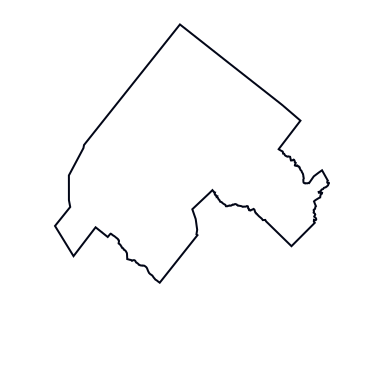 the district of Galeana, Chihuahua, Mexico, rotated 219°
{"feature_id": "50627088B51134227456684", "entity_name": "Galeana", "entity_type": "district", "adm_level": 2, "iso_a3": "MEX", "parent_name": "Mexico", "parent_adm1": "Chihuahua", "projection": "orthographic", "projection_center": [-107.764, 30.204], "detail": "fine", "context": "isolated", "style": "outline", "palette": "ink", "viewbox_px": 384, "rotation_deg": 219, "n_neighbors": 0, "source": "geoboundaries", "source_scale": "gbopen_adm2", "svg_char_len": 5700}
<svg xmlns="http://www.w3.org/2000/svg" viewBox="0 0 384 384"><g transform="rotate(219 192 192)"><path d="M93.8,286.4L104.6,290.7L105.7,286.9L107.2,280.8L106.6,272.7L107.1,272.6L107.2,272.4L107.2,272.2L107.3,272.0L107.5,271.9L107.8,271.3L108.7,270.7L109.1,270.5L109.3,270.0L109.6,269.9L109.9,269.9L110.2,269.6L111.0,269.5L111.7,269.9L113.3,271.7L113.6,272.8L113.9,273.0L114.2,273.3L114.6,273.8L115.0,273.9L116.2,275.2L116.8,275.5L117.3,276.0L118.2,276.3L119.3,276.7L119.7,277.1L120.3,277.3L120.7,277.4L121.3,277.4L121.9,277.6L122.3,277.9L123.2,278.2L123.4,278.6L124.2,279.0L124.7,278.9L125.1,279.0L125.2,278.7L125.7,278.7L126.9,278.9L127.1,278.7L126.9,278.3L127.2,278.0L128.0,277.8L128.3,277.4L128.8,277.4L129.2,278.1L129.4,278.6L129.7,279.9L130.9,279.9L131.5,280.6L132.2,280.9L132.6,281.0L132.8,281.2L133.1,281.2L133.4,281.1L133.5,280.8L133.6,280.6L133.7,280.1L133.8,279.9L134.1,279.7L134.3,279.3L135.0,278.8L137.9,281.1L139.1,280.5L139.4,280.4L139.7,280.2L139.8,279.7L140.3,279.4L140.7,279.3L141.2,279.3L141.5,279.1L142.2,279.1L142.7,279.0L143.3,279.2L144.4,279.7L145.0,279.5L145.3,279.2L146.2,279.8L146.4,280.2L146.8,280.4L147.2,280.5L147.9,280.4L148.5,280.2L149.2,280.1L150.4,279.9L150.9,279.8L151.6,279.8L152.6,315.7L177.1,316.4L244.9,315.4L306.8,314.6L305.5,160.6L304.0,157.8L298.1,127.4L282.5,108.2L277.2,103.7L277.1,79.4L243.7,67.6L244.7,103.9L229.2,104.0L229.1,108.1L229.0,108.3L228.7,108.4L228.7,108.5L228.1,108.6L227.6,108.5L227.3,108.6L225.8,108.6L224.7,108.8L219.8,108.8L219.5,108.5L219.3,108.4L219.1,108.4L218.9,108.4L218.8,108.5L218.6,108.5L218.4,108.4L218.0,108.1L217.9,108.0L217.6,107.6L217.5,107.2L216.9,106.3L216.6,105.8L216.2,105.8L215.9,106.0L215.4,106.0L215.0,105.8L214.7,105.8L214.1,105.8L213.3,105.4L212.6,105.3L212.2,105.0L211.6,104.9L211.2,104.6L210.6,104.8L210.0,104.9L209.4,104.7L209.2,104.5L209.0,104.4L208.8,104.5L208.3,104.3L207.8,104.5L207.6,104.5L207.0,104.5L205.9,104.3L205.6,104.1L205.2,104.0L204.1,103.5L203.3,102.7L201.7,100.9L200.1,99.1L198.6,99.8L198.0,100.0L196.6,100.8L195.4,100.7L195.3,100.8L195.4,101.1L195.0,101.6L194.9,101.9L194.1,102.6L193.6,102.8L192.8,102.8L192.6,102.7L191.4,102.2L191.0,102.1L190.8,102.2L190.5,102.3L190.1,102.2L189.4,102.3L188.7,102.3L188.3,102.3L188.1,102.3L187.9,102.2L187.6,102.0L187.2,102.1L186.8,102.3L186.5,102.3L186.1,102.5L185.8,102.7L185.2,102.8L184.7,103.4L184.5,103.6L183.8,103.8L183.7,103.8L183.3,104.4L183.1,104.5L182.6,104.7L181.5,104.8L180.2,104.8L179.8,104.7L178.9,104.4L176.3,102.9L175.7,102.7L175.0,102.3L174.6,102.1L173.7,102.0L173.1,101.9L171.7,102.0L170.6,102.1L170.2,102.1L168.6,101.6L167.0,101.2L166.5,101.2L165.6,100.9L165.1,100.9L164.6,101.0L163.8,101.1L161.9,101.1L160.0,101.2L160.3,131.7L160.6,161.9L161.9,161.9L163.9,165.4L164.2,165.9L167.2,168.7L167.3,168.8L170.7,172.0L172.1,173.3L180.9,178.8L177.8,201.8L177.3,206.3L176.5,206.1L176.1,206.1L175.7,205.9L175.3,206.0L175.0,205.9L174.9,205.8L174.6,205.9L174.5,205.7L174.1,205.7L173.8,205.6L173.7,205.7L173.6,205.4L173.3,205.2L173.3,204.9L172.9,204.7L172.7,204.5L172.0,204.4L171.9,204.5L171.7,204.5L171.4,204.6L171.2,204.5L171.0,204.3L170.9,204.3L170.5,204.4L170.6,204.2L170.1,204.2L170.0,203.9L169.8,203.9L169.7,203.9L169.7,204.0L169.5,203.9L169.4,203.7L169.1,204.0L168.9,204.0L168.3,203.7L168.0,203.7L167.7,203.5L167.3,203.3L166.9,203.1L166.7,203.0L166.2,203.1L165.8,202.9L165.7,202.9L165.3,202.9L164.9,202.6L164.4,202.5L164.1,202.4L164.0,202.2L163.8,202.2L163.6,202.3L163.2,202.6L162.6,202.8L162.0,202.7L161.6,202.6L160.8,202.6L160.4,202.7L160.0,202.7L158.9,202.8L158.6,202.9L158.2,203.0L157.9,203.0L157.5,202.8L156.9,202.4L156.7,202.3L156.3,202.6L156.0,202.8L155.4,203.4L155.3,203.6L155.2,204.1L154.5,204.6L154.4,205.1L153.3,205.7L153.0,206.1L153.0,206.6L152.6,207.0L152.4,207.8L152.3,208.1L151.6,208.3L151.5,208.5L151.2,209.3L150.9,209.8L150.4,210.0L150.0,210.2L149.5,210.4L149.0,210.2L148.7,210.2L148.2,210.5L147.8,210.3L147.6,210.3L147.2,210.7L146.7,211.0L145.8,211.5L145.4,211.7L145.1,211.9L144.8,212.0L144.2,212.3L143.5,212.3L143.0,212.6L142.8,213.0L142.4,213.4L142.0,213.6L141.6,214.1L140.9,214.5L140.8,214.8L140.7,215.1L140.5,215.6L139.7,216.0L139.4,215.9L138.8,215.4L138.4,215.1L138.3,214.8L138.1,214.7L137.9,214.6L137.6,214.6L137.2,214.5L136.9,214.6L136.6,214.3L136.6,214.1L136.3,213.8L136.2,213.8L136.0,214.0L135.7,214.2L135.5,214.3L135.3,214.2L135.1,214.3L134.9,214.4L134.8,214.5L134.8,215.2L134.5,215.6L134.1,216.1L134.0,216.5L133.8,216.8L133.7,217.1L133.5,217.6L133.3,217.6L132.6,217.6L132.2,217.4L131.9,217.3L131.2,216.7L130.5,216.4L129.9,215.9L129.2,216.0L129.1,215.9L128.5,215.6L128.3,215.6L128.1,215.7L127.6,215.8L127.0,215.5L126.0,215.5L125.1,215.3L121.0,215.2L119.3,214.7L117.5,216.4L116.0,215.8L80.6,212.5L77.2,245.3L78.1,245.5L78.4,245.6L78.7,245.7L78.9,246.0L79.1,246.3L79.1,246.5L79.5,246.8L79.7,247.1L78.7,247.5L78.2,247.9L78.1,248.6L78.3,249.0L78.8,249.4L79.2,249.6L80.2,249.7L81.4,249.7L81.6,249.8L81.8,251.1L82.0,252.0L82.7,252.4L83.3,252.5L84.5,252.5L84.8,253.2L85.0,253.7L86.1,254.5L86.2,254.9L86.1,255.1L85.9,255.4L86.0,255.7L85.8,256.3L85.9,256.6L86.2,257.0L86.6,257.8L86.7,258.3L86.9,258.6L86.8,259.0L88.9,260.1L91.3,261.5L91.2,262.0L91.0,263.2L90.0,266.1L89.1,268.4L89.0,268.5L89.7,269.6L90.3,270.9L90.4,271.7L90.4,271.9L90.3,272.1L90.1,272.2L90.0,272.5L90.4,273.2L91.6,272.3L92.0,271.9L92.4,271.7L92.7,271.6L93.0,271.3L93.6,271.8L93.1,272.4L92.9,272.6L92.9,273.1L92.6,273.6L92.5,273.8L92.7,274.7L92.8,275.2L92.7,275.7L92.2,276.4L92.0,276.8L92.1,278.2L92.0,278.4L91.8,278.7L91.0,279.9L91.0,280.4L90.8,280.7L90.7,281.0L90.7,281.5L90.5,282.4L90.5,282.9L90.8,283.6L91.0,284.1L91.0,284.8L91.4,285.2L92.3,284.4L92.7,284.4L93.1,284.7L93.5,285.6L93.9,286.2L93.8,286.4Z" fill="none" stroke="#020617" stroke-width="2"/></g></svg>